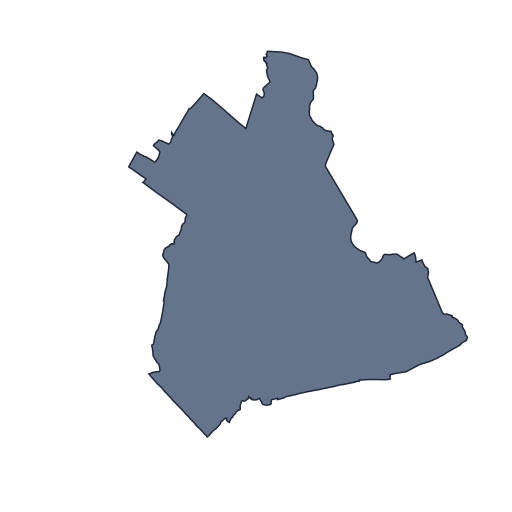 the district of Racova, Bacau, Romania, rotated 242°
{"feature_id": "2599482B19806401166229", "entity_name": "Racova", "entity_type": "district", "adm_level": 2, "iso_a3": "ROU", "parent_name": "Romania", "parent_adm1": "Bacau", "projection": "equal_earth", "projection_center": [26.765, 46.708], "detail": "fine", "context": "isolated", "style": "filled", "palette": "slate", "viewbox_px": 512, "rotation_deg": 242, "n_neighbors": 0, "source": "geoboundaries", "source_scale": "gbopen_adm2", "svg_char_len": 6131}
<svg xmlns="http://www.w3.org/2000/svg" viewBox="0 0 512 512"><g transform="rotate(242 256 256)"><path d="M404.7,394.5L410.2,388.7L418.7,381.0L424.1,374.3L431.4,362.2L430.0,361.0L429.5,359.9L429.1,359.6L428.3,359.9L427.9,359.5L427.0,359.1L427.0,358.5L426.8,357.7L426.6,357.7L426.6,357.4L427.5,356.7L427.8,356.2L427.2,355.6L426.7,355.5L425.6,354.9L424.9,355.0L424.7,355.2L423.9,354.8L422.9,355.7L422.2,355.9L422.2,355.5L421.9,355.4L420.9,356.0L419.6,354.9L417.2,354.9L416.5,354.5L415.8,353.6L415.0,352.4L409.1,350.5L403.0,350.2L402.2,346.4L400.9,341.6L400.0,340.5L398.7,340.0L397.4,340.1L395.0,339.2L393.5,338.1L392.7,335.6L398.7,332.5L373.3,306.9L380.3,303.9L385.6,301.8L400.9,296.1L416.5,289.9L417.0,289.5L423.9,286.2L419.8,275.6L417.0,267.7L417.0,267.3L417.6,266.3L414.9,262.2L413.6,259.9L411.8,257.1L408.6,251.8L405.3,246.7L404.8,245.5L402.5,241.9L401.7,241.0L401.0,240.8L401.2,240.2L402.0,239.9L402.9,239.7L404.6,239.6L403.4,238.8L402.9,238.7L400.8,238.5L399.8,237.7L398.8,236.2L396.6,234.1L396.4,233.6L395.9,231.8L396.2,231.0L397.7,230.2L398.1,229.7L399.4,228.6L401.4,227.3L401.9,226.7L404.0,224.7L403.0,221.9L402.9,220.3L402.3,218.3L401.5,217.2L397.8,218.7L394.0,219.9L393.0,220.0L392.0,219.0L389.9,217.4L389.4,216.7L388.3,215.0L387.7,214.3L386.7,211.6L386.4,210.8L386.6,210.3L388.3,209.5L390.5,208.2L391.0,208.1L393.4,206.4L394.5,205.9L395.3,205.3L396.7,203.9L396.8,203.6L397.4,203.6L400.7,201.1L402.3,200.4L403.7,199.5L394.5,185.5L393.1,186.1L390.0,187.9L381.9,191.8L376.9,194.5L375.9,195.1L375.1,193.6L374.3,191.9L374.1,190.7L357.4,198.6L345.6,204.6L325.3,214.3L324.4,213.8L322.9,211.7L321.6,210.6L319.2,209.2L318.8,208.2L318.7,206.5L317.4,204.5L315.1,202.8L312.3,199.8L310.8,197.9L310.6,197.5L310.6,195.6L310.3,194.8L309.1,192.4L308.7,191.8L307.2,190.4L306.6,190.2L306.1,190.4L305.7,190.2L305.4,189.5L305.3,188.2L306.3,187.9L306.4,187.7L306.5,187.2L306.3,186.9L306.2,186.4L306.3,185.2L306.1,184.7L305.4,183.4L305.6,182.8L305.4,181.7L305.6,181.0L305.6,180.4L304.8,178.2L304.3,177.5L303.1,176.4L302.4,176.1L302.1,175.8L301.7,175.0L300.2,173.8L296.8,173.8L292.6,174.7L289.5,175.1L287.4,174.0L283.8,171.5L277.1,166.7L271.6,163.3L267.6,159.4L265.3,157.6L259.7,153.1L259.1,153.6L257.9,152.9L250.1,147.0L241.7,140.1L240.4,138.1L237.7,135.5L236.9,134.2L236.0,132.3L233.1,129.5L229.5,126.6L226.9,124.6L226.3,123.8L226.2,122.1L225.2,121.7L223.5,121.3L220.2,120.1L218.3,119.3L216.4,118.3L209.4,118.5L208.0,118.8L206.1,119.5L200.2,117.7L199.8,116.8L199.8,116.4L199.6,116.1L199.8,115.5L199.6,115.0L199.6,114.7L200.3,114.1L200.6,113.6L201.0,112.4L201.1,111.2L201.8,110.3L201.7,108.9L202.0,107.6L202.2,106.0L189.1,108.9L188.3,109.5L186.3,110.0L184.5,110.7L180.9,111.5L178.8,111.8L176.7,112.6L173.6,113.3L170.7,114.2L168.3,114.6L153.6,118.9L148.7,120.0L146.0,121.0L143.7,121.3L138.6,122.9L134.2,123.7L129.4,125.4L123.1,126.9L120.5,127.9L119.8,128.0L119.2,127.9L119.4,129.5L119.9,131.4L121.1,134.1L121.9,136.3L122.4,140.2L123.0,141.2L123.9,144.2L124.3,145.2L125.5,146.6L126.0,147.3L126.4,149.4L126.9,151.0L126.9,153.7L126.4,153.9L125.3,153.2L124.5,153.0L123.8,153.1L122.6,153.6L121.5,154.5L122.5,155.2L124.7,158.4L124.6,159.1L124.6,159.8L125.3,160.1L126.1,162.0L126.5,163.7L127.0,164.5L127.3,164.7L127.6,165.3L127.7,166.1L128.0,167.2L128.0,168.2L127.6,169.5L127.8,170.0L128.5,170.2L129.0,170.6L129.9,171.0L131.2,171.7L134.2,174.6L134.7,175.4L134.6,176.1L133.5,177.3L133.2,177.9L133.3,178.8L133.6,180.9L134.0,181.3L133.7,182.1L134.0,182.6L135.2,183.5L134.2,183.8L133.3,184.7L132.9,184.8L132.8,184.3L132.0,184.5L131.6,185.0L131.3,184.9L131.2,184.9L131.1,185.4L130.2,186.0L129.1,188.1L128.7,189.1L128.9,190.0L128.7,190.5L128.7,192.1L123.5,192.3L122.9,192.1L122.0,192.3L121.4,192.6L119.8,194.7L118.9,196.2L118.5,197.2L118.2,199.3L118.4,200.0L119.7,200.6L121.3,201.6L121.6,202.0L121.7,202.6L120.4,208.0L119.1,207.6L117.8,212.9L117.6,214.6L117.8,216.2L116.2,221.7L116.0,222.8L115.0,225.9L114.4,229.2L113.6,232.1L111.8,238.5L111.2,240.1L110.5,242.5L108.8,247.7L108.0,250.7L106.1,257.1L103.8,265.1L103.4,267.2L102.6,270.5L102.1,271.1L101.6,272.5L99.5,279.7L98.2,283.9L98.6,284.0L97.4,287.5L97.0,288.5L97.9,288.9L95.0,295.4L92.6,300.3L86.7,311.0L85.0,314.5L84.3,316.8L86.4,317.4L87.2,318.3L88.2,318.8L86.8,324.1L83.3,334.4L83.4,349.1L81.3,360.1L80.7,368.2L81.0,371.1L80.6,373.6L81.1,378.8L81.4,385.9L81.5,392.6L81.8,395.4L82.3,395.6L82.6,397.0L82.7,402.4L83.5,402.9L84.6,404.4L85.2,404.5L86.2,404.5L87.9,404.1L89.2,404.3L90.4,405.0L92.2,405.1L96.7,404.9L97.6,405.6L98.5,406.0L99.5,405.6L100.9,404.7L102.4,404.0L104.0,404.0L105.5,403.7L108.4,401.9L109.1,400.8L110.1,400.5L110.2,401.0L111.0,401.2L111.5,401.0L112.3,400.0L113.2,399.1L115.1,397.5L115.4,397.0L115.5,396.3L116.1,394.9L117.0,394.4L117.6,394.2L117.8,394.0L120.3,394.1L156.7,397.5L158.8,399.3L160.6,400.6L164.5,401.8L165.0,401.4L166.5,400.6L167.6,400.3L169.4,400.3L170.7,400.2L171.7,400.3L172.1,400.0L172.9,400.1L173.0,400.4L173.5,400.4L173.6,400.2L174.7,400.6L175.5,394.5L176.2,394.7L179.0,396.0L182.1,396.9L184.6,397.1L184.1,384.9L185.0,384.8L186.0,384.4L186.6,384.1L187.1,383.6L191.1,381.6L192.0,380.3L193.6,377.2L193.9,375.8L194.6,374.2L196.6,371.2L196.9,370.4L196.9,369.2L196.7,368.6L195.0,366.9L193.8,364.8L193.0,362.4L193.0,359.6L196.6,355.6L197.2,354.7L199.3,354.5L201.8,353.8L203.4,353.5L207.3,354.1L207.9,353.5L208.9,353.3L211.1,351.2L212.8,350.0L215.6,348.5L217.9,347.6L220.7,347.0L224.4,347.0L227.6,348.1L229.0,348.9L235.5,354.3L237.8,360.4L238.6,361.3L239.8,362.1L241.4,362.2L302.3,359.4L303.5,359.9L304.1,360.4L305.4,361.7L314.2,372.4L318.0,377.2L323.5,378.2L324.7,379.2L325.7,380.6L327.6,380.8L327.7,380.3L328.1,380.2L330.7,380.8L332.8,378.0L333.4,377.0L336.3,375.1L338.2,374.8L339.2,374.0L340.5,373.5L341.6,372.2L342.2,371.6L343.6,370.8L349.5,369.2L352.4,369.4L354.3,369.1L356.7,370.0L358.3,370.8L360.1,371.9L360.7,372.4L362.8,373.4L364.2,374.5L365.1,375.4L365.8,376.2L366.3,377.2L367.3,379.7L367.7,380.3L368.2,380.7L370.2,381.8L373.9,383.6L375.5,384.7L375.8,385.5L375.9,386.5L376.9,387.9L378.4,389.5L380.4,390.9L381.5,392.2L384.5,394.1L389.1,395.5L391.7,395.2L394.7,394.7L396.6,393.9L398.5,393.9L404.7,394.5Z" fill="#64748b" stroke="#1e293b" stroke-width="1.5"/></g></svg>